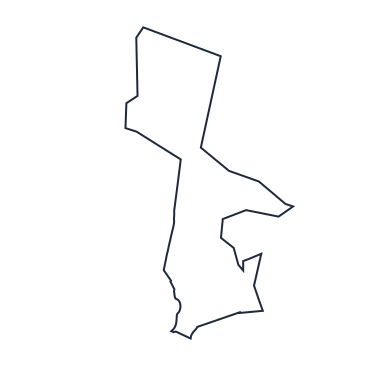 San Andrés Ixtlahuaca, Oaxaca, Mexico, rotated 113°
{"feature_id": "50627088B44383095655598", "entity_name": "San Andrés Ixtlahuaca", "entity_type": "district", "adm_level": 2, "iso_a3": "MEX", "parent_name": "Mexico", "parent_adm1": "Oaxaca", "projection": "mercator", "projection_center": [-96.838, 17.059], "detail": "fine", "context": "isolated", "style": "outline", "palette": "slate", "viewbox_px": 384, "rotation_deg": 113, "n_neighbors": 0, "source": "geoboundaries", "source_scale": "gbopen_adm2", "svg_char_len": 1676}
<svg xmlns="http://www.w3.org/2000/svg" viewBox="0 0 384 384"><g transform="rotate(113 192 192)"><path d="M71.7,303.6L124.8,279.7L135.9,287.1L159.2,278.2L158.1,266.6L161.6,245.1L166.4,215.1L187.1,209.2L216.5,201.0L218.9,199.9L220.6,199.2L221.7,198.8L223.2,198.4L226.3,196.8L226.8,196.7L229.9,195.9L230.8,195.7L240.9,194.0L242.3,193.8L243.5,193.5L245.1,193.2L248.1,192.7L250.9,192.2L256.5,191.1L257.4,191.0L260.3,190.5L265.5,189.4L266.9,189.1L267.4,189.0L271.6,188.2L275.0,187.5L281.8,176.7L282.1,176.6L282.9,176.8L288.3,170.3L288.4,170.2L290.6,169.7L291.0,169.4L291.3,169.2L292.5,168.5L294.4,167.4L295.3,166.8L295.9,166.2L296.5,165.6L296.5,165.1L296.6,164.3L296.6,163.5L296.8,162.8L297.2,161.6L297.4,161.3L297.6,161.1L297.9,160.7L298.5,160.0L299.0,159.7L299.5,159.3L299.8,159.1L300.0,158.9L300.6,158.5L301.0,158.3L301.5,158.1L302.4,157.8L303.5,157.4L305.7,157.0L307.6,157.1L308.4,157.4L309.5,157.8L310.0,158.0L311.4,157.8L314.8,156.6L317.2,155.8L318.3,155.4L321.2,155.0L323.4,155.0L325.6,155.5L327.4,156.4L328.2,156.7L328.2,154.1L326.9,152.6L326.8,151.5L327.0,147.5L327.1,144.1L327.2,141.4L327.3,139.0L327.4,137.3L327.4,136.0L326.0,136.4L324.7,136.6L323.2,136.6L320.3,136.1L317.1,134.9L315.6,134.5L314.2,134.5L284.3,101.3L284.9,101.2L275.7,84.1L273.7,80.4L268.5,85.2L263.8,89.5L255.5,96.9L254.1,98.3L221.8,104.1L231.6,113.7L235.6,117.9L244.3,114.2L240.9,120.9L230.8,128.9L227.2,131.7L222.9,147.4L204.9,153.1L187.6,135.2L186.8,131.5L181.5,106.0L181.1,103.9L180.9,103.3L180.9,103.1L180.8,102.7L173.5,98.1L170.9,96.5L169.1,95.3L165.8,93.3L166.5,101.3L156.2,134.5L158.1,166.2L147.7,201.2L55.8,218.6L59.5,301.2L71.7,303.6Z" fill="none" stroke="#1e293b" stroke-width="2"/></g></svg>